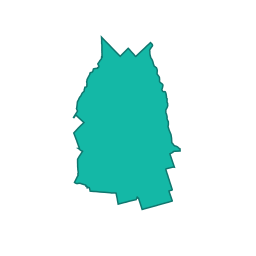 Vanjulet, Mehedinti, Romania, rotated 225°
{"feature_id": "2599482B359218317379", "entity_name": "Vanjulet", "entity_type": "district", "adm_level": 2, "iso_a3": "ROU", "parent_name": "Romania", "parent_adm1": "Mehedinti", "projection": "equal_earth", "projection_center": [22.785, 44.428], "detail": "fine", "context": "isolated", "style": "filled", "palette": "teal", "viewbox_px": 256, "rotation_deg": 225, "n_neighbors": 0, "source": "geoboundaries", "source_scale": "gbopen_adm2", "svg_char_len": 5676}
<svg xmlns="http://www.w3.org/2000/svg" viewBox="0 0 256 256"><g transform="rotate(225 128 128)"><path d="M172.5,204.3L172.5,202.5L172.7,199.2L172.7,198.7L172.7,197.7L172.7,197.0L172.7,196.6L172.9,191.4L173.0,186.8L173.1,184.1L173.7,183.9L174.4,184.0L176.5,184.2L177.8,184.2L180.3,184.3L182.2,184.5L183.6,184.5L184.2,184.5L184.2,179.3L184.2,177.7L184.2,175.5L184.2,174.2L184.2,173.2L184.8,173.2L188.6,173.2L197.0,173.3L199.9,173.4L201.6,173.4L203.5,173.4L205.2,173.4L206.8,173.4L211.0,173.5L208.5,171.3L207.5,170.2L207.2,170.0L206.6,169.3L205.4,168.5L202.5,165.6L201.8,164.9L201.6,164.6L201.3,164.4L200.7,163.8L200.4,163.6L199.9,163.0L199.0,162.3L198.5,161.7L198.0,161.3L197.8,161.0L197.3,160.7L197.0,160.5L196.5,160.0L197.0,159.7L196.2,158.7L195.7,158.1L195.5,155.8L195.2,154.6L194.7,152.0L194.1,151.7L192.3,151.2L192.0,150.5L191.8,150.3L192.0,149.4L192.2,149.2L192.1,148.9L191.8,148.6L192.2,148.2L192.5,147.8L193.5,146.6L194.0,145.7L194.2,145.4L193.8,144.6L193.1,143.5L192.9,143.0L192.9,142.7L193.0,141.8L193.3,141.1L193.5,140.6L193.8,140.5L193.8,140.4L193.5,139.6L192.9,138.8L192.3,136.7L191.6,134.5L191.2,133.3L190.6,132.6L190.0,131.5L188.1,130.1L187.7,129.6L187.7,129.4L187.3,129.2L187.2,128.9L186.7,128.7L186.6,128.4L186.5,127.9L186.5,127.6L186.7,127.1L187.0,126.8L187.2,126.7L187.3,126.6L187.3,126.4L186.3,124.7L185.8,123.8L185.3,123.5L185.1,123.2L185.0,122.7L185.0,122.0L185.1,121.3L185.1,120.6L184.9,119.7L184.0,117.2L184.0,116.1L183.9,115.6L183.5,114.2L182.9,112.8L182.5,111.3L182.2,110.6L181.7,110.0L181.1,109.3L179.3,107.0L178.5,106.0L178.2,105.3L176.2,104.5L175.9,104.4L175.6,104.1L175.4,103.2L174.7,100.0L174.0,97.0L173.6,97.1L173.7,97.9L173.9,98.8L173.9,99.4L174.1,99.8L174.2,100.3L170.0,100.4L163.0,100.7L163.0,100.0L163.0,98.8L163.1,96.8L163.1,94.5L163.1,92.1L163.0,91.3L163.0,90.8L163.0,90.0L162.9,89.2L162.9,87.5L162.8,86.4L162.8,86.1L157.9,83.9L157.2,83.6L156.9,83.4L156.6,83.3L156.2,83.2L155.1,82.7L154.8,82.5L154.4,82.3L154.1,82.1L153.3,81.8L152.6,81.4L152.1,81.2L151.7,81.0L150.1,80.2L149.7,80.1L149.3,80.0L149.1,79.8L148.4,79.5L148.1,79.3L148.8,78.4L148.4,78.5L147.5,78.6L147.2,78.7L146.7,78.7L146.2,78.6L145.7,78.8L145.4,78.8L144.0,79.3L143.7,79.4L143.5,78.5L143.0,76.4L142.4,73.4L141.6,70.4L141.5,70.2L141.4,70.1L140.7,69.4L138.8,67.5L138.2,67.0L137.0,65.8L136.3,65.1L134.7,63.8L134.0,63.1L132.8,62.2L131.3,61.0L131.3,60.8L131.3,60.5L130.7,59.9L130.3,59.5L130.1,59.4L129.8,59.3L129.4,57.7L128.6,55.4L127.9,53.3L127.4,51.7L126.6,51.8L125.7,52.1L125.4,52.2L125.1,52.4L124.9,52.5L124.7,52.7L124.4,53.0L124.0,53.7L122.7,55.1L122.4,55.2L121.3,55.8L121.1,55.8L120.9,55.9L120.8,56.0L117.5,57.7L117.4,57.7L117.2,57.6L116.9,57.3L116.8,57.2L116.7,57.1L115.8,57.6L115.7,57.6L115.4,57.6L115.2,57.5L115.1,57.2L114.8,56.8L114.7,56.7L114.5,56.8L114.4,56.9L114.0,57.7L113.8,58.1L113.5,58.3L113.2,58.4L112.6,58.1L111.7,57.6L110.5,56.9L110.1,56.6L107.8,58.5L105.4,60.7L102.6,62.9L99.0,66.1L94.7,69.7L93.8,70.3L92.4,71.7L91.9,72.3L90.4,73.5L89.7,73.1L89.3,72.8L88.9,72.5L87.2,71.4L86.4,70.9L86.0,70.6L85.6,70.4L85.1,70.0L84.9,69.8L83.7,69.0L83.3,68.7L82.4,68.1L81.1,67.2L80.3,68.6L78.0,72.6L77.1,73.9L76.3,75.4L75.5,76.9L72.0,82.5L71.6,83.0L72.6,85.6L72.4,85.6L72.0,85.7L71.3,85.4L70.9,85.8L66.0,83.3L63.7,82.1L62.5,81.5L61.8,81.1L60.4,80.4L59.8,81.4L59.6,81.9L59.0,82.9L58.2,84.3L54.2,91.3L53.1,93.2L52.2,95.0L51.6,96.0L51.1,96.9L50.5,98.0L49.0,100.6L48.1,102.2L47.2,103.7L46.8,104.4L46.0,106.0L45.3,107.2L45.1,107.5L45.3,107.8L45.5,108.0L46.0,108.2L53.2,111.7L54.3,112.3L54.5,112.5L54.3,112.8L54.0,113.5L53.3,114.6L53.0,115.1L53.0,115.4L53.1,115.6L53.3,115.8L55.7,117.0L56.0,117.2L61.0,119.7L62.1,120.4L63.5,121.0L65.0,121.8L65.9,122.3L66.2,122.5L66.8,122.8L67.5,123.1L68.1,123.4L68.6,123.6L69.6,124.2L71.4,125.1L72.0,125.5L72.2,125.9L72.1,126.2L71.7,126.9L70.9,128.3L69.3,130.9L68.8,131.8L68.2,132.5L67.8,132.9L67.5,133.1L73.2,135.9L79.9,139.2L80.1,139.3L80.1,139.5L79.9,140.1L79.7,140.6L79.3,141.9L79.1,142.4L79.1,142.6L79.1,142.8L79.3,143.1L79.3,143.3L79.1,143.7L78.9,144.1L78.3,144.8L75.4,148.0L74.9,148.6L76.0,149.6L76.7,150.1L76.9,150.0L77.4,149.7L78.1,149.7L78.9,149.7L79.8,149.6L80.7,149.3L81.6,148.9L81.9,148.6L82.4,148.4L83.0,148.3L83.8,148.3L84.7,148.5L85.5,148.6L86.0,148.6L86.5,148.6L86.9,148.7L87.4,149.3L88.8,150.5L90.0,151.6L91.1,152.4L92.9,153.7L94.3,154.3L97.0,155.4L98.4,156.1L99.9,156.9L100.5,157.2L100.8,157.4L101.0,157.7L101.7,158.8L102.6,159.7L104.0,161.0L105.6,161.5L106.0,161.7L107.6,162.6L107.9,163.3L109.1,164.1L110.8,165.1L111.0,165.1L111.7,165.4L112.0,165.5L112.5,166.0L113.6,167.1L113.9,167.4L114.1,167.6L114.2,168.0L114.4,168.8L114.9,170.3L115.2,171.0L115.7,171.9L116.4,172.5L117.3,173.4L118.5,173.8L118.9,174.1L119.7,174.9L120.7,176.0L121.1,176.4L121.9,176.5L122.2,176.6L122.5,176.8L122.7,177.1L123.1,177.5L123.4,177.7L125.0,178.9L126.1,179.5L126.8,179.8L127.1,179.9L127.4,179.9L127.8,179.7L128.0,179.5L128.3,179.0L128.9,178.6L129.2,178.5L129.6,178.5L130.2,178.7L131.0,178.9L131.3,179.2L131.3,179.3L131.5,179.7L131.9,180.5L132.7,181.8L133.5,182.9L133.8,183.1L134.3,183.3L135.3,183.3L137.2,183.0L138.3,183.1L138.9,183.4L139.7,184.4L141.1,185.6L141.6,186.0L142.2,186.2L145.2,186.7L145.4,186.7L145.7,186.9L146.1,187.2L146.7,187.9L147.3,188.6L148.0,189.4L148.6,189.8L149.3,190.2L150.1,190.5L150.5,190.7L150.8,190.6L152.0,190.5L153.0,190.3L153.3,190.3L155.6,191.4L156.5,192.0L157.8,192.7L159.0,193.2L159.6,193.4L161.6,193.8L163.9,195.2L164.6,195.6L165.3,196.2L165.8,196.6L166.3,197.2L167.0,197.8L167.6,198.2L167.8,198.4L167.9,198.8L168.1,199.3L168.2,200.3L168.4,200.8L168.5,201.2L168.6,202.3L168.8,203.4L169.0,203.7L169.8,204.2L170.4,204.3L171.6,204.3L172.1,204.3L172.5,204.3Z" fill="#14b8a6" stroke="#0f766e" stroke-width="1.5"/></g></svg>